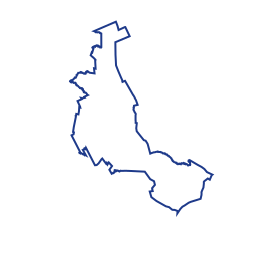 the district of San Salvador, Entre Ríos, Argentina, rotated 146°
{"feature_id": "61730980B4034945746834", "entity_name": "San Salvador", "entity_type": "district", "adm_level": 2, "iso_a3": "ARG", "parent_name": "Argentina", "parent_adm1": "Entre Ríos", "projection": "equal_earth", "projection_center": [-58.492, -31.58], "detail": "fine", "context": "isolated", "style": "outline", "palette": "blue", "viewbox_px": 256, "rotation_deg": 146, "n_neighbors": 0, "source": "geoboundaries", "source_scale": "gbopen_adm2", "svg_char_len": 5756}
<svg xmlns="http://www.w3.org/2000/svg" viewBox="0 0 256 256"><g transform="rotate(146 128 128)"><path d="M134.8,29.6L129.9,31.6L126.9,32.3L124.5,32.1L119.5,32.1L117.3,31.7L107.4,28.7L104.5,31.4L103.2,33.2L103.0,33.7L101.1,35.0L98.8,36.4L96.1,39.6L95.3,40.9L94.6,41.2L90.1,41.5L89.1,39.4L85.1,42.0L84.1,42.1L87.2,47.3L87.6,51.3L88.8,54.6L90.8,58.4L94.8,66.8L95.1,66.7L95.6,67.2L95.9,67.2L96.4,66.7L96.5,66.5L96.5,66.1L96.2,66.0L95.7,66.1L95.9,65.5L95.6,65.1L96.0,64.7L96.3,63.9L96.8,63.5L96.9,62.8L97.2,62.6L97.7,63.1L98.5,63.1L98.9,63.2L99.1,63.3L99.0,63.7L99.3,64.1L99.2,64.6L99.4,65.0L100.1,66.0L100.5,65.8L100.7,66.3L101.2,66.5L101.0,67.1L101.5,67.2L101.5,67.9L101.8,67.9L102.1,67.6L102.3,67.7L102.3,68.1L102.7,68.2L103.0,68.7L103.3,68.6L103.6,68.6L104.4,68.3L104.6,68.6L104.5,69.2L104.7,69.4L105.4,69.8L105.8,69.5L106.0,69.6L106.3,70.0L106.9,70.1L107.0,70.5L106.9,70.9L107.0,71.0L107.4,71.1L107.3,71.7L107.6,71.7L107.8,72.0L107.7,72.7L108.8,73.8L109.0,74.5L108.9,74.9L109.0,75.2L109.4,75.5L109.4,76.3L109.1,76.7L109.3,77.2L109.1,77.6L109.2,78.0L109.0,78.6L109.2,78.9L109.2,79.7L109.5,80.7L109.8,81.0L109.7,81.8L109.8,82.1L110.0,82.5L110.4,82.6L110.6,83.2L110.5,84.1L110.5,84.4L110.6,84.5L111.2,84.6L111.4,85.1L111.8,85.5L111.5,86.1L111.9,86.7L113.2,87.2L113.3,87.4L113.3,88.1L113.5,88.4L113.8,89.0L114.2,89.1L114.4,89.9L114.5,90.0L115.6,90.7L116.2,91.5L116.4,91.3L116.7,91.5L116.9,92.0L118.3,92.6L119.2,92.8L120.6,93.6L121.1,93.6L122.3,94.0L123.9,94.3L120.9,103.0L120.6,104.1L120.5,107.6L121.7,109.1L122.6,120.4L121.3,123.2L118.0,127.1L118.8,128.0L117.7,129.5L117.6,129.9L117.3,130.3L117.2,130.5L114.7,134.2L113.8,135.2L113.6,135.7L113.7,137.3L113.5,137.8L113.5,138.1L113.3,140.0L113.1,140.3L112.7,140.5L112.4,140.8L112.4,141.0L112.1,141.7L111.6,141.8L111.5,142.1L111.3,142.3L111.1,142.6L110.6,143.1L107.1,141.8L105.9,146.5L105.7,149.0L105.4,149.3L105.2,152.3L105.3,152.5L104.1,168.7L104.1,168.8L106.7,169.3L106.4,170.0L106.5,170.1L106.0,171.0L105.6,173.5L104.3,180.4L102.9,186.6L97.4,195.7L90.5,206.2L75.3,203.2L73.8,213.2L74.1,213.4L81.0,214.5L79.6,218.5L78.6,222.9L102.0,227.3L101.6,226.8L101.4,226.2L101.3,225.5L101.1,225.4L100.8,225.5L100.2,224.6L99.6,224.2L99.4,224.3L98.5,223.6L98.3,223.5L98.0,222.8L98.2,222.6L98.2,222.3L97.8,222.0L97.6,221.5L97.4,221.5L97.3,221.3L105.0,209.8L105.3,209.7L105.5,209.8L105.6,210.0L105.5,210.4L105.8,210.4L105.9,210.6L105.7,210.8L106.0,210.8L105.9,211.1L106.1,211.2L106.1,211.7L106.2,211.9L107.0,212.0L106.9,212.2L107.0,212.4L106.9,212.7L106.8,212.9L107.0,213.0L107.1,213.5L107.5,213.7L107.6,213.8L107.7,213.6L107.8,213.5L108.1,213.8L108.7,213.8L109.0,213.9L109.2,214.3L109.4,214.3L109.6,213.8L109.8,213.7L109.9,213.9L110.1,214.6L110.5,214.7L110.9,214.6L111.0,214.4L111.5,214.5L111.8,214.8L112.1,214.7L112.4,214.7L112.6,214.6L112.6,214.2L112.1,213.3L115.4,210.6L115.6,211.1L118.3,209.1L117.2,205.1L116.8,202.7L117.1,202.4L117.3,202.6L121.7,195.3L122.8,196.5L125.2,192.0L128.9,195.3L129.2,196.1L129.3,196.4L129.6,196.8L129.5,197.0L129.6,197.5L129.9,197.9L130.1,197.8L130.5,198.0L131.1,198.0L131.1,197.5L131.2,197.4L131.5,197.7L131.9,197.6L132.1,197.5L132.6,196.8L132.8,196.7L133.1,196.9L133.2,197.3L133.4,197.6L133.9,197.5L134.3,197.9L134.5,198.5L134.6,198.9L134.9,199.0L135.3,199.4L135.3,199.7L135.2,200.0L135.3,200.3L135.7,200.4L136.0,200.8L136.5,200.4L136.9,200.7L137.2,201.0L137.8,201.2L138.1,201.3L138.6,201.2L138.7,201.4L139.2,201.1L139.7,201.0L140.2,200.8L140.4,200.5L141.1,200.6L141.2,200.2L141.6,199.9L142.5,199.3L143.3,198.9L143.8,199.3L144.0,199.6L144.9,199.1L145.6,199.1L146.3,198.8L146.7,198.9L147.2,198.7L147.9,198.9L148.1,199.3L148.5,199.4L149.8,199.3L150.0,199.1L149.8,198.6L149.8,198.0L149.4,197.7L149.4,197.4L149.2,197.3L148.9,197.2L148.2,197.1L148.1,196.8L147.9,196.8L147.7,196.4L147.8,195.9L147.4,195.8L147.3,195.5L146.4,195.0L146.5,194.5L146.3,194.4L146.4,193.9L146.7,193.5L146.4,192.9L146.7,192.7L146.9,192.3L146.8,192.0L146.2,191.4L145.9,190.6L145.9,190.2L145.7,189.0L145.3,188.4L145.5,187.9L145.4,187.8L145.0,187.3L144.0,187.0L143.8,186.7L143.8,186.1L143.6,185.8L143.7,185.1L144.0,184.7L144.2,184.4L144.4,184.6L144.4,184.3L144.2,184.0L144.2,183.4L143.9,183.2L143.9,182.9L144.5,182.7L144.6,182.4L144.2,182.1L144.2,181.8L143.8,181.6L143.6,181.1L143.2,180.8L143.0,179.4L143.2,178.7L142.8,177.8L146.9,178.4L146.9,177.1L148.4,177.6L150.1,179.4L150.3,177.7L154.8,178.5L155.8,172.4L156.1,171.7L156.3,172.0L156.4,172.4L156.7,172.3L156.8,172.5L159.2,169.4L161.5,167.0L163.0,168.6L164.3,167.2L164.7,167.2L164.8,166.7L165.2,166.2L172.4,159.1L175.8,155.4L175.7,155.1L175.3,154.6L176.7,153.2L178.9,153.5L181.1,135.1L181.5,134.9L181.8,134.6L182.1,134.7L182.2,134.3L181.6,134.0L181.6,133.6L181.2,133.7L180.7,133.3L180.5,132.4L180.1,131.9L180.2,131.6L180.1,131.4L179.9,131.3L179.5,131.3L179.5,130.5L179.4,130.3L179.0,130.5L178.8,130.4L179.0,129.7L178.7,129.7L178.2,128.8L177.7,134.9L177.3,134.7L176.9,135.1L176.4,135.1L176.3,134.8L175.8,134.5L175.7,135.0L175.4,135.5L174.8,135.4L174.7,135.0L174.5,134.9L174.3,134.9L173.9,135.2L176.2,115.6L174.7,114.8L172.2,115.1L167.2,117.0L166.4,117.1L166.1,110.6L165.1,111.0L165.4,109.2L163.2,110.2L162.5,105.4L166.8,103.8L167.1,99.2L166.9,99.2L166.6,99.5L166.4,99.4L166.0,99.0L165.4,99.1L165.2,98.7L164.8,98.7L164.3,99.0L163.9,99.0L163.7,99.4L162.9,100.1L162.7,100.5L162.4,100.5L162.0,100.0L161.9,99.7L161.9,99.4L162.4,99.3L162.4,99.0L162.3,98.8L161.6,98.7L161.5,98.9L161.1,99.0L161.0,98.7L160.7,98.7L160.4,98.6L160.2,98.2L159.9,97.9L159.9,97.5L159.4,96.7L159.1,96.7L158.9,96.9L158.1,96.8L157.8,96.4L153.4,93.5L148.9,90.2L138.5,82.4L138.2,73.2L136.2,69.3L137.5,65.8L141.5,64.7L141.9,63.9L142.1,63.9L142.8,61.9L145.5,63.2L147.3,57.6L145.2,51.5L140.4,41.9L138.2,39.4L137.0,35.4L135.1,34.0L133.3,31.5L134.8,29.6Z" fill="none" stroke="#1e3a8a" stroke-width="2"/></g></svg>